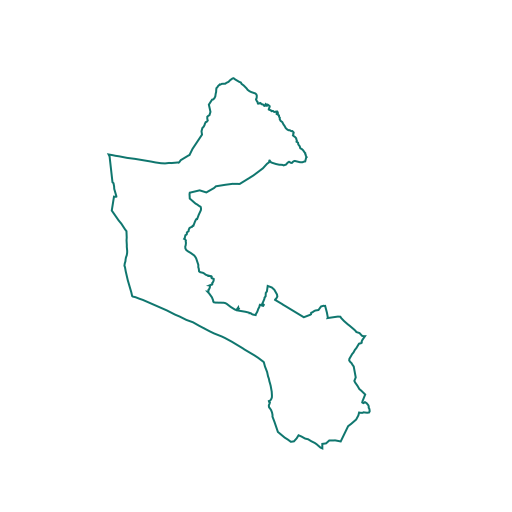 the district of Gairo, Morogoro, United Republic of Tanzania, rotated 302°
{"feature_id": "72390352B71030681800047", "entity_name": "Gairo", "entity_type": "district", "adm_level": 2, "iso_a3": "TZA", "parent_name": "United Republic of Tanzania", "parent_adm1": "Morogoro", "projection": "natural_earth1", "projection_center": [37.057, -6.228], "detail": "fine", "context": "isolated", "style": "outline", "palette": "teal", "viewbox_px": 512, "rotation_deg": 302, "n_neighbors": 0, "source": "geoboundaries", "source_scale": "gbopen_adm2", "svg_char_len": 6145}
<svg xmlns="http://www.w3.org/2000/svg" viewBox="0 0 512 512"><g transform="rotate(302 256 256)"><path d="M128.5,355.1L125.0,359.7L118.4,367.8L117.2,376.6L117.2,380.2L116.9,384.0L118.9,386.4L122.9,387.1L126.5,387.1L127.0,390.2L127.2,394.4L128.2,397.3L128.2,400.9L128.6,404.9L128.5,407.0L127.7,412.2L128.0,414.2L131.8,411.8L134.2,414.7L138.4,415.9L141.7,421.1L143.6,426.1L160.5,424.3L164.2,425.7L170.4,427.6L175.0,427.3L177.9,426.4L178.4,427.7L179.1,428.9L179.6,429.6L180.4,430.0L182.0,433.4L183.2,434.8L184.5,434.7L185.7,433.8L186.6,432.9L187.0,432.0L188.3,431.2L189.0,430.2L189.8,427.8L189.8,425.8L188.9,425.5L188.1,425.0L188.1,423.7L189.6,423.2L196.4,422.0L197.6,416.5L197.9,414.2L199.6,411.0L201.3,407.0L202.2,405.6L205.9,404.9L214.1,397.4L214.8,395.6L215.8,393.7L216.1,392.0L216.8,390.4L218.2,389.7L223.9,389.5L225.8,389.8L228.8,389.6L231.0,389.9L236.2,389.8L236.9,390.4L237.4,391.1L238.5,391.6L239.5,390.9L241.3,390.7L245.7,390.9L245.0,389.8L244.5,388.2L245.5,384.6L244.7,381.4L245.2,380.2L245.6,378.4L246.5,372.2L246.7,370.0L247.5,365.1L248.5,361.2L249.2,359.7L248.0,357.5L241.3,349.6L241.9,349.5L245.6,346.1L250.3,341.1L249.9,340.7L249.7,339.8L247.7,337.9L243.3,337.6L241.1,335.1L239.5,334.2L238.1,333.7L237.3,333.0L236.1,332.8L236.4,332.9L235.7,333.5L234.7,333.0L229.4,329.0L229.1,308.0L229.0,304.3L229.1,304.1L228.9,295.4L229.2,295.3L230.6,295.7L232.9,295.6L234.5,294.2L237.1,289.4L237.7,286.1L236.8,281.8L231.8,284.0L229.8,283.9L226.9,285.5L225.2,285.3L224.2,285.8L220.6,286.4L218.8,286.6L218.9,287.6L218.7,288.5L217.5,288.5L217.2,287.6L216.8,285.2L216.4,285.2L214.3,285.9L212.7,285.9L209.4,286.6L206.6,286.7L205.7,287.0L204.7,284.4L204.5,283.0L204.7,281.9L204.4,281.4L204.5,281.4L204.1,279.6L203.1,276.6L200.1,269.3L202.3,269.3L202.3,268.7L202.9,268.2L199.7,268.0L199.4,266.3L199.4,261.5L199.9,256.5L199.8,255.0L199.2,253.3L195.0,246.3L194.4,244.7L194.7,243.9L195.7,243.1L197.6,240.5L199.5,235.9L200.1,233.6L200.4,234.1L201.2,234.3L202.2,233.6L202.8,233.8L204.6,233.6L205.6,233.2L206.5,232.6L206.3,232.1L207.9,233.2L208.1,233.7L208.9,233.9L209.9,233.2L210.5,233.4L212.3,233.2L213.4,232.8L214.2,232.2L213.7,230.2L214.1,229.6L214.9,229.5L215.2,228.9L215.0,228.3L214.1,226.7L214.4,226.7L213.7,224.5L213.5,223.2L213.7,221.0L213.6,219.8L212.7,217.3L212.8,215.9L215.0,214.1L215.9,213.0L217.9,211.8L222.2,206.6L222.8,205.6L223.7,203.4L224.0,198.9L223.9,196.0L224.1,193.7L225.0,192.1L226.5,191.0L227.8,190.7L229.5,189.9L230.2,189.5L230.9,188.8L231.9,188.4L232.4,187.5L232.6,186.7L232.5,186.0L233.6,186.0L236.2,185.1L237.3,185.7L238.1,185.7L239.1,185.0L239.8,185.0L241.2,185.7L242.8,185.0L244.6,184.8L246.1,185.7L246.8,186.3L247.4,186.2L248.1,186.3L248.4,186.9L252.9,186.0L255.1,185.8L255.8,185.9L256.1,186.5L260.6,185.6L265.5,185.0L266.7,184.5L267.5,183.9L268.4,182.9L268.3,181.2L268.5,178.9L268.4,176.9L269.6,169.4L273.3,166.8L274.6,166.3L281.8,173.4L283.6,180.2L291.4,184.4L293.9,185.1L300.1,192.2L304.8,197.9L308.5,204.0L322.9,211.1L334.1,215.4L340.1,216.5L342.3,217.4L344.0,216.8L344.2,217.0L343.4,219.0L343.6,220.3L344.6,224.2L345.7,227.3L347.1,229.7L347.4,230.6L347.5,231.4L349.4,233.0L351.9,233.4L353.4,234.1L353.5,236.2L353.8,236.9L354.1,237.2L355.5,237.4L356.8,238.1L357.2,238.6L358.8,243.5L359.4,244.6L360.0,245.6L361.7,246.9L362.3,247.6L366.3,246.3L366.7,246.5L367.5,245.0L368.2,244.5L368.6,243.9L368.7,243.5L369.3,243.3L369.7,242.0L370.6,240.0L371.0,237.9L370.8,236.7L371.0,236.2L372.2,235.0L373.0,232.8L374.4,231.6L374.4,229.8L375.5,229.5L376.2,228.5L377.1,227.7L377.6,226.1L377.7,224.0L377.9,223.4L378.8,223.3L379.3,222.8L380.0,222.8L380.6,222.6L380.8,222.3L381.2,220.6L380.7,220.0L380.5,218.8L380.6,218.3L380.5,217.8L380.0,217.2L379.8,215.8L380.2,213.5L381.7,210.8L382.0,209.8L383.5,207.3L383.6,205.4L384.3,204.1L384.7,203.5L385.8,203.0L386.1,202.2L386.7,201.4L387.4,201.0L387.4,198.2L388.1,197.9L388.6,198.1L388.9,198.7L389.3,198.4L389.8,197.4L389.1,196.4L388.1,195.6L387.8,194.9L388.0,193.7L387.7,193.0L387.1,192.6L387.1,192.1L387.4,191.6L387.4,191.1L387.0,189.7L387.0,189.2L387.4,189.0L389.8,188.5L390.3,188.2L390.6,186.2L390.5,185.5L390.2,185.4L389.6,185.7L389.2,185.7L389.0,185.3L389.1,184.9L389.9,184.3L390.0,183.7L389.6,183.7L388.4,184.1L387.9,183.9L387.8,183.5L387.7,183.3L388.2,182.0L387.9,180.6L387.7,180.4L387.7,179.9L388.1,178.8L388.0,178.4L387.2,177.9L386.7,177.7L386.3,176.8L387.6,175.5L387.6,175.0L388.7,173.1L389.1,172.9L389.6,173.0L390.8,172.6L392.4,171.7L393.2,170.7L393.5,169.3L392.5,165.1L392.3,163.1L392.5,160.7L393.1,159.4L394.1,155.2L394.3,152.6L395.1,151.2L394.8,149.5L394.7,144.8L394.9,142.8L394.2,142.1L393.4,141.7L391.4,140.9L389.1,140.4L387.1,139.1L385.9,138.7L383.9,135.8L381.5,134.3L381.6,134.2L380.2,133.8L378.8,133.8L377.3,133.5L375.7,134.3L373.9,135.3L372.3,135.8L369.8,136.9L367.9,137.1L366.2,136.8L365.3,135.9L359.4,135.8L354.1,141.0L350.8,141.9L349.4,141.2L348.3,140.9L346.5,142.0L345.3,143.3L343.5,143.0L342.9,142.4L340.9,142.6L340.1,142.9L338.0,143.1L336.1,142.7L332.9,143.7L330.3,145.9L313.2,145.4L306.3,146.1L305.7,145.6L297.4,141.4L294.8,141.2L294.1,140.9L294.0,140.3L290.0,135.0L288.8,132.9L286.3,129.8L284.3,126.2L282.0,121.0L280.5,117.0L274.2,101.8L270.9,94.7L268.0,87.1L266.5,83.7L265.5,80.9L264.0,77.2L262.8,79.1L242.5,95.2L242.2,96.6L239.8,98.8L237.8,100.2L232.6,106.0L232.3,106.1L231.4,104.9L231.1,104.1L218.1,109.6L213.4,120.6L212.0,124.8L209.2,130.8L208.4,133.0L203.1,136.6L200.7,137.9L196.9,140.6L195.4,141.5L192.0,144.1L190.3,145.1L188.1,146.0L185.8,146.5L183.8,147.3L182.5,148.0L180.0,148.7L178.0,149.6L177.1,150.8L174.0,153.6L167.5,160.1L159.2,169.4L156.4,172.2L156.3,173.0L157.2,175.6L158.0,179.9L158.8,183.3L162.6,209.2L163.4,218.5L164.2,223.3L164.9,230.8L166.4,237.7L166.7,244.8L167.6,256.8L168.1,261.4L169.6,269.6L170.0,273.1L170.5,281.0L170.7,293.8L170.6,295.7L170.9,307.4L170.8,311.8L170.2,318.5L170.0,319.0L167.1,322.1L163.5,326.9L160.3,330.0L158.8,331.9L156.7,333.9L155.5,335.3L153.7,337.2L149.3,341.2L146.2,343.4L144.7,344.3L143.2,344.7L141.3,344.7L140.5,344.4L139.8,343.8L139.2,344.4L139.1,345.4L137.8,345.8L136.7,345.9L135.7,346.3L134.5,347.4L134.3,348.3L133.3,350.5L131.7,352.6L129.9,354.3L128.5,355.1Z" fill="none" stroke="#0f766e" stroke-width="2"/></g></svg>